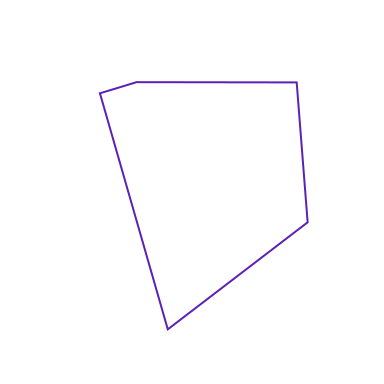 the District of Transnistria, rotated 19°
{"feature_id": "MDA-1638", "entity_name": "Transnistria", "entity_type": "District", "adm_level": 1, "iso_a3": "MDA", "parent_name": "Moldova", "parent_adm1": "", "projection": "robinson", "projection_center": [29.154, 47.261], "detail": "fine", "context": "isolated", "style": "outline", "palette": "violet", "viewbox_px": 384, "rotation_deg": 19, "n_neighbors": 0, "source": "natural_earth", "source_scale": "10m", "svg_char_len": 270}
<svg xmlns="http://www.w3.org/2000/svg" viewBox="0 0 384 384"><g transform="rotate(19 192 192)"><path d="M213.8,329.7L168.3,264.8L72.8,128.6L73.4,128.2L103.8,106.2L255.3,54.3L311.2,183.0L214.1,329.3L213.8,329.7Z" fill="none" stroke="#5b21b6" stroke-width="2"/></g></svg>